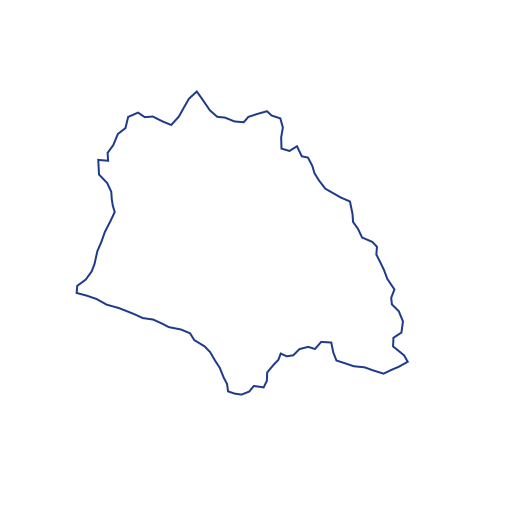 Santópolis do Aguapeí, São Paulo, Brazil (Mercator projection), rotated 212°
{"feature_id": "56859067B88002854016883", "entity_name": "Santópolis do Aguapeí", "entity_type": "district", "adm_level": 2, "iso_a3": "BRA", "parent_name": "Brazil", "parent_adm1": "São Paulo", "projection": "mercator", "projection_center": [-50.521, -21.661], "detail": "fine", "context": "isolated", "style": "outline", "palette": "blue", "viewbox_px": 512, "rotation_deg": 212, "n_neighbors": 0, "source": "geoboundaries", "source_scale": "gbopen_adm2", "svg_char_len": 1620}
<svg xmlns="http://www.w3.org/2000/svg" viewBox="0 0 512 512"><g transform="rotate(212 256 256)"><path d="M417.4,319.6L423.9,314.8L432.0,315.1L438.1,306.2L434.5,295.3L437.8,286.3L435.8,274.4L436.5,264.8L431.9,258.4L440.7,253.9L432.3,241.9L420.8,239.0L412.8,233.8L408.7,228.1L404.2,222.9L399.1,218.4L398.0,209.1L396.9,196.2L394.6,186.0L393.1,176.0L388.7,163.6L387.2,155.8L387.9,145.7L391.8,136.0L388.5,129.6L378.5,132.7L368.5,135.0L356.8,135.6L345.0,139.1L336.0,140.8L328.9,142.1L319.0,143.4L309.6,147.6L300.6,148.8L292.2,149.5L280.7,153.9L271.0,155.5L263.8,152.0L251.7,152.1L244.0,150.2L235.5,145.7L227.5,142.0L218.7,135.6L212.8,132.2L208.0,126.4L201.4,127.9L194.8,130.8L189.9,137.5L189.0,144.6L179.9,148.6L180.6,155.8L184.8,163.2L183.5,172.6L182.0,179.7L183.3,186.4L176.8,187.2L171.8,191.5L169.8,200.1L163.6,206.6L156.7,208.4L155.2,217.7L146.3,222.5L139.4,215.2L132.4,210.0L123.7,212.2L114.7,214.3L105.0,219.1L96.3,221.0L85.5,223.8L80.8,231.2L76.3,237.6L71.3,246.7L77.7,250.2L91.9,252.0L96.1,259.5L92.1,268.1L96.7,278.4L105.6,284.8L115.1,287.0L119.2,292.2L120.9,301.0L132.4,306.1L140.1,312.0L148.7,317.4L154.7,321.0L158.3,327.9L164.7,329.6L175.8,327.9L184.0,333.1L191.7,336.3L196.6,343.0L205.2,352.0L215.3,350.5L232.9,349.8L243.0,353.6L250.3,357.2L255.9,362.2L264.1,367.0L270.0,364.8L279.4,370.8L283.3,362.8L291.3,360.6L297.5,369.9L301.3,379.2L308.3,385.6L317.2,383.4L323.4,384.6L330.3,377.0L336.2,369.9L337.3,362.9L345.6,358.7L355.7,356.9L362.6,353.5L372.3,355.1L384.9,360.6L393.4,364.1L396.2,353.9L395.8,343.4L395.3,333.4L397.3,322.2L406.6,320.6L417.4,319.6Z" fill="none" stroke="#1e3a8a" stroke-width="2"/></g></svg>